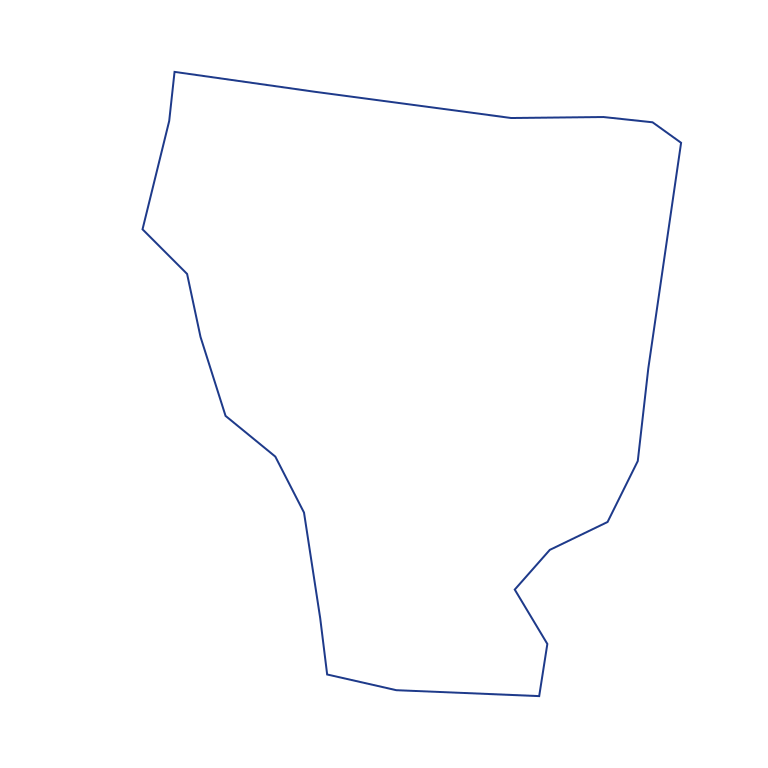 outline of Munkfors, Värmland, Sweden, rotated 99°
{"feature_id": "70781695B82922715808284", "entity_name": "Munkfors", "entity_type": "district", "adm_level": 2, "iso_a3": "SWE", "parent_name": "Sweden", "parent_adm1": "Värmland", "projection": "orthographic", "projection_center": [13.521, 59.825], "detail": "fine", "context": "isolated", "style": "outline", "palette": "blue", "viewbox_px": 768, "rotation_deg": 99, "n_neighbors": 0, "source": "geoboundaries", "source_scale": "gbopen_adm2", "svg_char_len": 450}
<svg xmlns="http://www.w3.org/2000/svg" viewBox="0 0 768 768"><g transform="rotate(99 384 384)"><path d="M108.5,639.7L157.8,637.3L269.0,646.7L306.1,595.7L366.2,572.6L440.3,535.5L472.7,480.0L523.5,442.9L625.2,410.4L679.8,394.7L684.5,324.0L668.0,181.9L615.2,182.0L566.6,222.7L521.9,194.3L485.3,141.6L420.4,121.3L327.1,125.4L99.3,128.3L83.5,159.7L86.0,209.1L101.4,300.0L106.2,497.7L108.5,639.7Z" fill="none" stroke="#1e3a8a" stroke-width="2"/></g></svg>